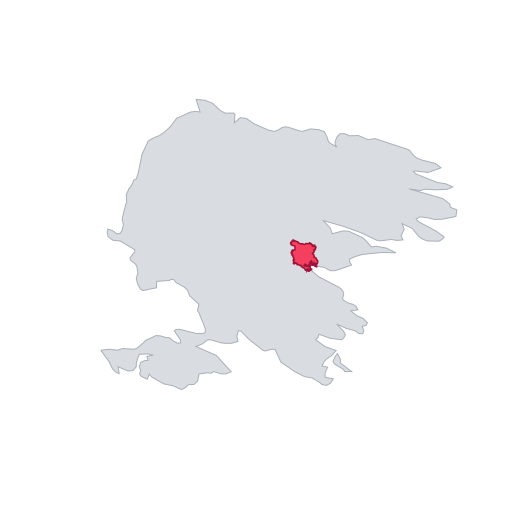 location of Gort-Kinvara Lea-5, Galway, Ireland, rotated 211°
{"feature_id": "5873133B79086862800883", "entity_name": "Gort-Kinvara Lea-5", "entity_type": "district", "adm_level": 2, "iso_a3": "IRL", "parent_name": "Ireland", "parent_adm1": "Galway", "projection": "robinson", "projection_center": [-8.887, 53.119], "detail": "fine", "context": "in_parent", "style": "filled", "palette": "rose", "viewbox_px": 512, "rotation_deg": 211, "n_neighbors": 0, "source": "geoboundaries", "source_scale": "gbopen_adm2", "svg_char_len": 8972}
<svg xmlns="http://www.w3.org/2000/svg" viewBox="0 0 512 512"><g transform="rotate(211 256 256)"><path d="M323.0,107.8L312.3,113.4L310.6,115.5L307.7,124.1L307.3,126.6L300.7,136.3L296.8,138.3L291.1,139.8L287.9,141.4L283.8,140.6L278.6,140.7L276.1,142.4L276.2,143.8L277.8,145.3L287.4,149.7L286.8,151.6L284.1,153.7L267.0,158.9L261.9,162.0L260.1,164.1L262.0,167.6L275.7,178.0L278.1,179.1L280.1,185.2L292.3,187.7L297.2,191.5L301.5,192.4L310.8,192.1L314.5,193.5L316.6,192.4L317.8,190.4L328.1,183.0L324.9,177.5L335.2,168.1L338.1,168.2L343.1,171.1L347.1,175.1L348.5,180.5L352.4,185.3L354.9,186.9L361.6,187.9L363.1,189.8L362.0,196.7L363.1,199.0L380.1,198.9L386.8,195.8L392.7,196.4L395.7,199.5L397.0,202.7L392.0,203.9L386.7,203.3L384.1,205.4L384.0,209.4L385.9,214.7L389.5,218.4L392.4,226.7L394.9,236.0L398.7,241.6L399.6,248.6L399.1,252.0L399.8,258.1L398.3,260.3L399.6,266.1L406.1,284.6L407.6,299.2L404.6,304.6L400.6,309.8L398.0,315.9L396.1,322.5L395.0,333.1L386.3,345.6L382.5,348.7L378.1,350.6L387.9,359.4L380.1,363.2L371.5,364.5L362.0,362.3L356.1,362.6L348.6,367.1L346.9,366.3L343.2,359.1L340.7,366.5L335.2,368.9L325.9,368.3L310.2,370.3L304.2,372.4L301.7,375.7L299.9,379.5L297.4,381.8L294.7,383.0L282.6,385.8L280.2,386.9L274.6,393.1L267.3,396.6L261.2,397.7L255.8,394.1L253.5,391.9L251.0,390.8L242.7,391.0L245.3,392.1L247.0,394.6L247.9,399.5L246.9,404.2L242.8,406.6L237.9,407.1L230.2,412.0L220.0,413.4L214.4,417.9L180.6,425.6L178.7,425.7L174.0,423.7L168.9,422.8L163.9,423.5L149.7,427.7L142.8,426.9L151.6,416.2L163.4,410.9L164.6,409.4L160.8,408.7L138.4,412.4L130.6,415.6L122.9,416.5L126.5,411.6L136.5,405.0L145.2,400.6L149.0,396.7L159.5,392.3L125.5,401.4L116.6,400.3L114.5,397.8L107.6,399.0L105.0,392.8L115.4,383.4L121.4,379.4L128.5,377.2L135.4,374.1L137.9,370.3L134.7,369.1L114.2,370.1L104.4,369.2L105.0,366.2L106.8,362.9L117.0,357.1L122.5,356.2L127.4,356.8L136.1,360.1L147.6,359.0L142.8,355.4L142.0,348.0L138.3,345.5L143.1,342.0L148.5,339.9L157.5,332.8L160.7,331.7L178.4,330.0L197.5,326.2L216.5,321.0L206.8,318.2L202.1,314.3L194.6,322.1L189.2,325.0L174.0,326.6L169.2,325.7L162.5,323.3L160.3,324.2L158.4,326.1L148.3,329.9L137.7,330.8L150.0,323.8L165.7,312.1L169.2,308.3L174.2,301.9L172.6,299.0L169.4,297.4L180.7,284.1L184.7,281.7L191.9,281.3L197.2,279.2L199.6,279.2L201.7,278.4L206.3,274.4L199.2,271.8L191.8,270.5L168.9,271.9L165.9,271.6L163.1,270.4L161.2,268.6L159.9,264.1L158.2,263.1L153.1,263.1L148.0,264.5L144.4,264.4L140.9,262.4L146.5,257.8L139.4,256.7L132.1,257.6L126.1,256.2L125.9,253.3L128.7,250.4L125.1,247.6L124.4,244.2L128.2,242.5L132.4,243.0L140.9,240.5L151.8,239.2L142.5,236.7L138.8,234.5L138.6,231.2L139.4,228.4L150.2,223.6L161.7,221.4L160.9,218.3L161.7,214.9L150.1,213.9L138.6,216.3L139.9,209.8L142.6,203.8L143.2,200.0L142.7,195.8L137.3,197.6L136.7,191.7L134.4,187.7L126.5,190.4L126.7,185.1L129.0,181.4L133.2,179.8L137.3,180.5L145.0,180.4L152.3,177.6L163.0,176.9L179.9,177.8L191.5,185.7L194.5,184.3L199.2,179.3L201.4,178.7L218.9,180.9L229.8,183.8L232.7,182.9L231.1,177.4L227.4,173.5L232.1,168.5L237.8,165.1L241.6,163.4L250.4,161.3L254.3,159.3L256.8,152.9L260.9,147.5L238.8,150.3L217.7,144.0L221.0,139.5L225.5,136.9L233.1,135.0L233.8,132.6L237.7,130.7L244.1,125.5L241.7,118.8L243.0,114.0L247.6,110.9L249.0,106.4L251.0,103.2L260.3,102.0L269.3,98.9L283.1,98.5L286.7,99.8L285.8,94.4L292.3,93.7L294.9,94.8L296.0,98.6L299.0,101.0L300.0,105.2L298.0,108.5L294.7,111.0L297.8,113.6L293.1,118.3L298.2,116.3L305.4,111.7L304.9,108.0L303.7,103.3L301.6,99.1L302.5,94.4L306.5,91.5L317.2,90.0L312.7,84.7L316.6,84.3L320.9,85.4L327.1,89.5L340.4,95.3L334.0,100.4L326.1,104.0L323.0,107.8ZM136.3,211.9L136.0,214.4L130.9,211.3L128.4,207.8L114.5,206.2L120.3,202.7L123.1,203.8L133.0,203.9L135.8,205.4L136.3,211.9Z" fill="#d9dde1" stroke="#a8b0b8" stroke-width="1"/><path d="M205.7,269.8L205.4,269.6L205.5,269.8L205.4,269.9L205.2,269.8L204.7,270.0L204.2,269.9L203.8,270.1L203.5,270.0L203.9,270.1L203.1,270.0L202.6,270.4L202.6,270.7L202.0,271.0L202.3,270.8L203.5,271.1L204.0,271.0L204.0,271.4L203.5,271.6L203.2,271.5L203.6,271.6L202.9,271.5L201.0,272.1L202.1,271.9L202.6,271.7L203.4,271.8L204.2,271.4L204.1,271.6L205.3,271.6L205.1,271.6L205.0,271.9L204.2,271.7L203.1,271.9L202.6,272.1L202.5,272.5L201.2,272.7L201.6,272.8L201.8,273.0L201.7,273.1L202.2,272.8L203.0,272.8L202.3,273.1L202.0,273.4L203.1,273.4L203.2,273.7L203.0,273.8L203.3,273.8L203.7,274.1L204.1,274.1L204.1,274.3L204.4,274.1L205.0,274.2L205.5,273.9L205.9,274.0L206.3,273.7L206.1,273.9L206.4,274.0L207.7,273.1L208.8,272.8L209.1,272.8L209.1,272.6L209.6,272.6L209.2,272.9L208.6,272.9L208.3,273.1L208.2,273.2L208.2,273.3L208.5,273.4L207.6,273.7L208.6,273.8L208.7,274.0L209.3,274.1L209.8,274.1L209.9,273.9L210.2,273.8L209.8,274.2L209.1,274.3L209.1,274.2L208.6,274.2L207.9,274.1L207.6,274.1L206.7,274.2L206.5,274.3L206.3,274.6L206.2,274.6L206.2,274.8L206.4,274.7L206.5,274.8L206.2,275.1L205.9,275.2L205.3,275.3L204.5,275.8L205.1,275.7L205.8,275.3L206.2,275.3L206.3,275.3L206.2,275.4L206.1,275.5L205.8,275.5L205.7,275.7L205.2,275.7L205.3,275.9L205.5,275.8L205.2,275.9L205.2,276.2L205.6,276.4L205.0,276.4L205.0,276.2L204.9,276.2L205.0,276.5L204.9,276.5L204.9,276.8L204.6,277.0L205.2,277.2L204.7,277.3L204.8,277.4L204.6,277.5L205.0,277.5L205.3,277.8L205.5,278.0L205.4,278.0L205.7,278.1L205.4,278.3L205.6,278.5L205.7,278.8L205.7,279.1L205.9,279.1L205.8,279.5L206.0,279.4L205.9,279.6L206.0,279.7L206.0,279.8L206.9,279.9L206.6,280.0L206.4,280.3L205.9,280.4L205.6,280.2L205.5,279.8L205.2,279.5L204.9,279.5L205.2,279.4L204.7,279.2L204.8,279.1L204.5,279.1L204.4,279.0L204.3,278.8L203.9,278.8L203.8,278.7L203.5,278.8L203.4,278.8L203.4,278.7L203.1,278.7L202.8,278.5L202.4,278.5L202.5,278.4L202.4,278.2L202.6,278.1L203.0,278.1L203.3,277.8L203.8,277.9L203.6,277.5L203.6,277.3L203.8,277.2L203.7,277.1L202.5,277.3L202.3,277.7L201.2,277.8L200.8,277.6L200.3,277.7L200.0,277.6L198.8,277.8L197.7,278.1L198.2,278.0L198.5,278.5L200.0,278.7L200.4,278.9L200.4,279.0L200.8,278.9L201.0,278.7L201.0,279.0L200.8,279.0L201.0,279.2L200.8,279.2L201.0,279.3L201.3,279.1L201.4,278.8L201.5,278.8L201.4,279.0L201.6,278.9L201.7,279.0L201.8,279.0L201.8,279.3L202.1,279.4L201.9,279.6L202.1,279.7L202.1,279.8L202.2,280.0L202.1,279.9L202.0,280.0L202.1,279.9L201.7,279.9L201.8,280.0L201.4,279.9L201.7,279.7L201.1,279.4L201.0,279.5L200.9,279.7L200.9,279.9L201.0,279.8L200.9,279.9L200.9,280.0L201.1,280.1L200.9,280.1L200.8,280.3L199.7,280.3L199.6,280.5L199.8,280.8L199.5,281.2L199.7,281.8L200.1,282.4L200.1,282.9L200.7,283.6L201.0,283.8L201.3,283.7L201.6,283.9L201.9,284.3L202.4,284.3L202.5,284.4L203.3,284.6L203.5,284.9L203.5,285.1L204.8,285.0L204.7,285.1L205.2,285.2L205.3,285.4L206.1,285.8L206.8,286.5L207.0,286.8L208.0,286.8L208.5,287.2L209.0,287.3L209.0,287.8L208.3,288.6L208.5,289.1L208.4,289.6L209.2,290.2L209.2,290.7L209.5,291.3L208.8,291.8L208.5,291.7L208.4,291.9L208.7,292.2L208.6,292.4L208.7,292.8L209.0,292.8L209.3,293.1L209.0,293.5L209.4,294.0L209.5,294.4L209.3,294.6L209.6,294.8L210.1,294.5L210.4,294.5L210.6,294.7L211.1,294.6L211.1,295.3L211.2,295.5L211.4,295.5L211.8,295.2L212.1,294.7L212.1,294.2L211.9,294.2L211.9,293.9L212.1,294.0L212.5,293.9L212.8,293.5L213.0,293.7L213.1,294.4L213.4,294.3L213.5,294.6L214.1,294.6L214.6,294.9L215.0,294.5L215.3,294.7L215.4,294.9L215.7,294.8L216.3,295.0L216.8,294.9L216.7,294.6L216.8,294.5L216.7,294.3L216.8,294.1L216.8,293.8L217.8,293.5L218.7,292.8L219.4,292.5L219.7,292.2L219.5,291.9L219.6,291.7L220.0,291.4L220.9,290.5L221.3,290.6L222.5,290.5L222.8,290.1L223.5,289.9L223.5,289.7L224.6,289.2L225.4,289.2L225.6,289.3L226.8,289.0L227.2,289.3L227.3,289.7L228.7,289.3L232.4,288.9L232.3,288.6L231.6,288.0L232.7,287.7L232.9,287.3L232.4,286.4L232.4,285.8L233.2,285.6L232.9,284.6L232.0,284.0L231.4,283.7L230.9,284.0L230.0,283.9L227.9,284.6L227.5,284.1L227.1,283.4L226.4,282.7L226.2,281.8L225.8,281.1L227.0,280.3L227.1,280.1L227.0,279.8L227.8,279.9L227.8,279.3L227.6,279.0L227.8,278.9L227.9,278.7L227.3,278.5L227.4,278.1L227.2,277.9L227.1,277.6L227.6,277.2L227.4,277.0L227.4,276.8L227.1,276.5L226.7,276.6L226.3,276.6L225.7,276.0L225.4,275.8L225.0,275.8L224.8,275.5L224.9,275.3L225.2,275.2L224.3,274.8L223.9,274.5L223.7,274.4L223.3,274.1L223.1,274.2L222.6,273.8L222.3,273.1L221.9,272.9L222.3,272.7L222.1,272.3L221.7,272.3L221.4,271.8L221.1,271.7L220.9,271.5L221.0,271.3L221.5,271.1L220.6,270.2L220.1,268.8L219.6,268.8L219.1,269.0L219.1,269.6L219.0,269.8L219.2,270.2L218.8,270.6L218.3,270.4L218.1,270.5L217.9,270.3L217.7,270.2L217.4,270.4L217.2,270.2L216.8,270.6L216.1,269.9L216.0,270.1L215.1,270.3L214.8,270.6L213.7,270.5L212.6,271.1L211.6,270.1L210.6,270.5L210.3,270.4L209.9,270.1L208.1,270.5L207.1,269.8L206.7,269.4L206.3,269.3L206.1,269.5L206.1,269.8L205.8,270.2L205.7,269.8ZM204.4,278.9L204.4,279.1L204.6,279.0L204.5,278.9L204.8,278.9L204.4,278.9ZM203.9,275.8L203.7,276.0L204.1,275.8L203.9,275.8ZM205.1,279.0L205.2,279.3L205.3,279.2L205.1,279.0ZM203.3,278.6L203.5,278.5L203.3,278.6ZM204.3,278.5L204.2,278.6L204.4,278.6L204.3,278.5ZM201.8,279.3L201.7,279.3L201.8,279.3Z" fill="#f43f5e" stroke="#9f1239" stroke-width="1.5"/></g></svg>